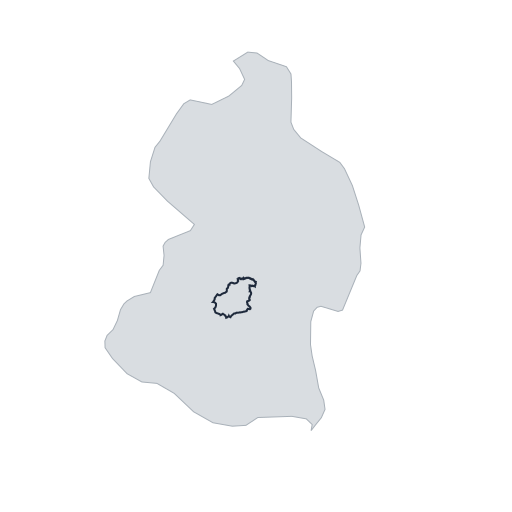 Gasabo, Kigali City, Rwanda (highlighted), rotated 126°
{"feature_id": "39286606B27612515465928", "entity_name": "Gasabo", "entity_type": "district", "adm_level": 2, "iso_a3": "RWA", "parent_name": "Rwanda", "parent_adm1": "Kigali City", "projection": "mercator", "projection_center": [30.108, -1.884], "detail": "fine", "context": "in_parent", "style": "outline", "palette": "slate", "viewbox_px": 512, "rotation_deg": 126, "n_neighbors": 0, "source": "geoboundaries", "source_scale": "gbopen_adm2", "svg_char_len": 5850}
<svg xmlns="http://www.w3.org/2000/svg" viewBox="0 0 512 512"><g transform="rotate(126 256 256)"><path d="M206.9,163.1L212.4,163.0L248.9,154.2L252.6,157.0L258.5,173.9L261.6,176.4L266.7,177.0L276.9,173.1L295.7,159.8L303.9,151.8L313.6,140.5L325.9,127.7L332.8,116.5L339.5,110.0L348.4,108.1L358.1,108.6L364.9,108.8L359.3,111.5L358.2,119.6L364.6,132.7L385.6,159.6L398.9,164.6L407.6,175.1L416.2,192.8L418.7,214.9L415.2,241.5L417.3,261.3L425.0,274.3L427.0,291.1L423.3,311.8L418.9,324.2L413.6,328.3L407.7,329.8L399.6,328.4L389.7,330.2L379.0,334.1L372.3,334.7L368.1,333.9L360.2,330.6L347.7,319.9L324.4,325.8L318.1,325.7L309.6,330.7L302.6,337.0L298.4,337.5L294.1,336.6L274.0,324.0L266.7,324.4L263.7,359.8L260.3,379.5L256.2,388.3L241.8,396.8L227.4,401.6L219.5,401.2L187.7,403.9L175.2,403.9L168.4,401.0L159.4,380.9L142.6,372.0L126.4,367.8L119.8,369.0L114.0,379.5L111.6,388.9L95.9,382.5L91.2,374.5L90.7,361.0L85.0,342.6L88.2,334.7L94.3,329.6L107.4,319.9L127.2,306.4L131.4,299.9L134.2,289.2L132.9,264.2L131.0,243.2L133.4,235.7L142.4,219.4L154.6,202.7L168.7,185.1L177.2,183.4L188.4,176.7L200.2,166.8L206.9,163.1Z" fill="#d9dde1" stroke="#a8b0b8" stroke-width="1"/><path d="M291.4,258.5L291.6,259.5L291.7,259.8L292.1,260.3L292.5,260.6L292.8,260.8L293.0,260.6L294.3,261.0L294.6,261.0L295.0,261.2L295.1,260.9L295.2,261.0L295.7,261.4L295.6,261.6L295.8,261.4L296.1,260.9L296.3,260.9L296.5,260.7L296.8,260.7L297.3,260.4L298.3,260.0L298.5,260.0L298.8,260.2L299.1,260.3L299.5,260.4L299.7,260.2L299.8,260.2L300.1,260.1L300.8,259.5L302.0,258.8L302.3,258.9L302.4,259.0L303.6,259.3L303.8,259.3L304.7,260.1L306.2,261.0L306.7,261.3L307.8,261.6L308.1,261.7L308.8,261.9L309.1,262.3L309.1,262.5L309.6,263.1L309.6,264.7L310.1,264.8L311.3,264.7L311.9,264.7L312.9,264.7L314.2,264.7L314.4,264.7L314.6,264.4L314.8,264.3L315.2,264.1L315.6,263.9L317.4,263.8L317.9,263.7L318.0,263.6L318.5,263.7L318.1,263.0L318.0,262.8L317.9,262.1L317.8,261.5L317.9,261.1L318.0,260.9L318.1,260.5L318.1,260.3L319.1,259.6L319.7,259.2L319.9,259.1L320.8,258.8L321.0,258.8L321.5,258.6L323.4,258.9L323.8,258.0L324.3,257.5L324.7,256.6L325.4,255.9L325.5,255.7L325.4,254.4L325.2,254.1L325.2,253.9L325.1,253.7L325.0,253.4L324.8,252.9L324.8,252.3L324.4,251.6L324.4,251.3L324.4,250.7L324.4,250.4L324.5,250.1L324.7,249.9L324.4,249.7L323.7,249.3L323.4,249.3L322.5,249.1L322.4,249.0L322.2,248.9L322.3,248.3L322.1,246.8L322.3,246.1L322.2,245.8L322.3,245.7L322.6,245.4L322.7,245.1L322.6,244.8L322.7,244.6L323.4,243.9L323.2,243.8L323.1,243.5L322.9,243.5L322.6,243.3L321.5,243.0L321.2,242.7L320.7,242.6L320.4,242.7L320.5,242.5L320.6,242.3L320.7,241.8L320.5,240.7L320.1,240.8L319.5,240.8L318.4,240.7L316.6,240.2L315.8,240.1L315.5,240.0L315.3,239.9L315.0,239.5L314.8,239.0L314.6,238.9L314.1,238.8L313.7,238.5L313.4,238.5L313.0,238.1L312.7,237.5L311.8,236.5L311.6,236.3L311.2,236.1L311.0,235.9L310.8,235.4L310.7,235.2L310.3,235.0L309.3,233.9L308.3,233.3L308.1,233.1L307.9,232.7L307.7,232.5L307.6,232.4L307.1,232.2L306.6,231.6L306.3,231.4L305.9,231.2L305.7,231.2L305.5,231.3L305.2,231.6L304.9,231.6L304.7,231.6L304.2,231.5L303.6,231.7L303.4,231.6L303.0,230.4L302.7,229.7L302.0,229.5L301.9,229.5L301.2,229.9L301.0,230.2L301.0,230.5L300.6,231.3L300.6,232.9L300.6,233.1L300.3,233.7L300.2,234.5L299.8,234.8L299.3,235.0L299.2,235.4L298.9,235.7L298.7,236.1L298.4,236.3L298.1,236.3L297.8,236.5L297.3,236.2L296.8,235.7L296.6,235.6L295.5,235.1L295.4,235.1L295.2,235.2L295.2,235.3L295.3,235.3L295.2,235.6L295.1,235.8L295.0,236.0L294.9,236.1L294.7,236.2L294.6,236.4L294.3,236.5L294.2,236.6L293.7,236.6L293.3,236.9L293.1,236.9L293.1,237.1L292.8,237.1L292.7,237.2L292.1,237.4L291.9,237.3L291.2,237.4L291.0,237.5L290.6,237.5L290.3,237.5L289.8,237.6L289.6,237.7L289.3,237.8L289.1,238.0L288.8,238.2L288.6,238.4L288.6,238.5L288.4,238.8L288.1,239.3L288.0,239.8L288.0,240.2L288.2,240.4L288.0,240.5L287.5,240.4L287.2,240.5L286.9,241.0L286.7,241.5L286.4,241.9L286.2,242.1L285.9,242.1L285.7,242.3L285.4,242.6L285.2,242.9L285.1,243.0L284.9,243.0L284.3,243.2L283.7,243.7L283.5,244.0L283.4,243.9L283.2,243.6L283.3,243.3L283.2,243.1L283.1,242.8L283.1,242.7L282.9,242.4L282.7,242.2L282.2,241.8L282.1,241.5L282.1,241.4L282.1,241.2L281.9,240.9L282.0,240.9L281.9,240.8L281.9,240.7L281.9,240.4L281.6,239.7L281.4,239.5L281.2,239.3L281.2,239.1L280.8,239.4L280.4,239.5L280.2,239.4L279.9,239.6L279.7,239.5L279.2,239.7L278.3,240.0L278.1,240.1L277.9,240.3L277.8,240.6L277.6,240.8L277.0,241.0L277.1,241.4L277.2,241.7L277.2,241.8L277.2,242.0L277.2,242.3L277.3,242.3L277.1,242.8L277.1,243.1L276.9,243.3L276.9,243.5L276.8,243.8L276.8,244.0L276.7,244.1L276.8,244.3L276.7,244.6L276.8,244.6L277.0,245.1L277.3,245.2L277.3,245.4L277.4,245.5L277.4,245.8L277.5,246.2L277.4,246.3L277.5,246.5L277.4,246.5L277.5,246.7L277.4,246.9L277.4,247.2L277.5,247.3L277.4,247.4L277.6,247.6L277.5,247.8L277.6,248.1L277.7,248.3L277.7,248.5L277.7,248.8L277.8,248.9L278.1,249.1L278.2,249.3L278.2,249.5L278.3,249.5L278.5,249.6L278.6,250.0L278.8,250.1L278.9,250.3L279.0,250.4L279.0,250.5L279.2,250.9L279.4,250.9L279.7,251.2L279.8,251.2L279.8,251.3L280.1,251.4L280.4,251.4L280.8,251.7L281.0,251.7L281.2,251.9L281.2,252.0L281.3,251.9L281.5,252.0L281.9,252.3L281.7,252.4L281.8,252.5L281.7,252.6L281.4,252.6L281.0,252.7L280.9,252.9L280.9,253.4L281.0,253.4L281.9,253.0L282.1,253.0L282.3,253.1L282.3,253.3L282.2,253.7L282.5,253.9L282.6,254.2L282.8,254.2L283.0,254.4L283.3,254.4L283.3,254.5L283.5,254.7L283.8,254.9L283.7,255.4L283.7,255.6L283.4,255.7L283.4,255.8L283.5,255.9L283.5,256.0L283.7,256.4L283.6,256.5L283.9,256.7L283.9,256.4L284.1,256.3L284.3,256.6L284.4,256.8L284.4,257.0L284.6,257.0L284.9,257.0L285.2,257.0L285.4,257.0L285.5,257.1L285.8,256.6L286.0,256.4L286.1,256.5L286.4,256.4L286.8,255.7L287.1,255.7L287.7,255.7L288.0,255.6L288.3,255.6L288.5,255.6L289.3,256.0L289.8,256.3L290.5,256.9L291.1,257.5L291.1,258.0L291.2,258.4L291.4,258.5Z" fill="none" stroke="#1e293b" stroke-width="2"/></g></svg>